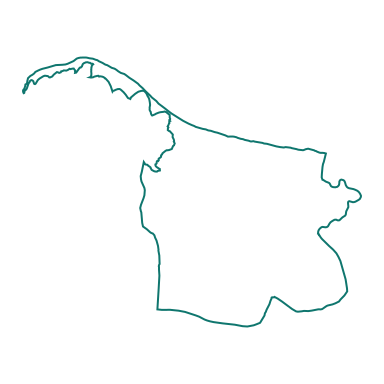 outline of Yaring, Pattani, Thailand
{"feature_id": "78962969B69014167770577", "entity_name": "Yaring", "entity_type": "district", "adm_level": 2, "iso_a3": "THA", "parent_name": "Thailand", "parent_adm1": "Pattani", "projection": "orthographic", "projection_center": [101.357, 6.855], "detail": "fine", "context": "isolated", "style": "outline", "palette": "teal", "viewbox_px": 384, "rotation_deg": 0, "n_neighbors": 0, "source": "geoboundaries", "source_scale": "gbopen_adm2", "svg_char_len": 5790}
<svg xmlns="http://www.w3.org/2000/svg" viewBox="0 0 384 384"><path d="M332.5,304.4L335.4,303.3L339.0,301.5L340.5,299.5L344.4,295.5L347.2,291.4L347.0,288.3L345.6,279.3L340.4,261.0L338.4,256.8L336.4,253.3L333.1,249.6L329.1,246.0L322.0,239.0L320.7,237.4L319.1,234.8L318.9,234.9L318.5,233.7L318.0,233.6L318.2,231.6L318.6,230.3L319.7,228.7L321.5,227.2L322.6,226.9L325.4,227.3L326.8,227.1L328.0,226.3L329.5,223.6L330.6,222.2L332.5,220.9L334.4,219.8L335.3,219.7L336.2,219.7L337.5,220.3L338.8,220.4L339.5,220.2L342.4,217.4L345.2,215.6L345.8,214.5L346.1,212.1L346.3,211.2L348.3,207.2L348.3,206.0L348.0,202.9L348.3,201.7L348.7,201.4L349.3,201.2L352.9,202.2L354.0,202.1L355.4,201.7L358.6,199.9L359.8,199.0L360.8,197.1L361.0,195.9L360.3,194.2L359.3,192.6L358.7,191.9L357.4,190.8L355.3,189.8L353.5,189.1L349.0,188.2L347.7,187.6L346.8,186.8L345.8,185.1L345.0,182.3L344.5,181.2L344.1,180.7L343.5,180.2L341.5,179.6L340.7,179.8L340.2,180.1L339.4,181.4L339.2,184.1L338.8,185.3L338.0,186.2L337.3,186.8L335.3,187.3L333.0,187.1L331.9,186.7L331.1,186.2L330.7,185.6L329.8,183.7L329.4,183.2L328.6,182.7L325.8,181.6L323.2,179.9L322.5,179.8L321.7,177.4L321.9,173.7L322.5,167.0L323.0,164.1L323.8,161.9L325.9,153.5L324.2,153.0L322.0,152.8L321.0,152.9L319.4,152.6L316.7,151.5L316.1,151.1L314.9,150.8L314.1,150.3L308.1,148.7L305.8,149.2L303.6,150.1L302.9,150.2L298.3,149.7L296.4,149.1L291.6,148.1L290.7,147.7L285.6,147.1L283.8,147.5L280.2,147.1L276.4,146.4L266.9,143.8L264.0,143.5L262.5,142.9L258.2,142.2L254.7,141.6L253.5,141.2L251.0,141.5L250.2,141.3L248.6,140.7L244.8,139.9L243.1,139.2L240.7,138.8L237.5,137.8L236.6,137.3L234.2,136.7L232.6,136.5L227.9,136.6L225.4,135.4L217.4,132.7L214.7,132.1L210.8,130.8L208.2,130.4L205.8,129.4L202.8,128.9L195.8,126.9L194.0,125.9L192.1,125.2L188.7,123.7L183.1,120.8L171.5,113.5L167.9,110.8L164.9,108.4L158.5,103.6L156.3,101.0L151.9,97.5L150.2,95.6L145.4,91.1L142.7,88.2L139.6,85.5L138.0,83.7L133.6,80.5L129.4,77.8L125.9,75.1L124.3,74.0L120.8,72.9L118.1,71.2L116.5,69.9L114.6,68.7L111.7,67.8L107.3,65.2L105.3,64.6L102.5,62.9L98.8,61.2L97.4,60.2L95.5,59.7L92.9,58.7L89.7,58.3L86.7,57.6L84.9,57.5L80.5,57.6L78.4,58.0L76.7,58.6L73.5,61.1L67.6,63.8L65.3,64.5L61.9,64.8L55.8,65.1L47.7,67.5L42.5,68.8L40.2,69.6L38.2,70.5L35.4,71.9L34.1,73.5L32.4,74.8L30.4,75.9L28.0,78.2L27.3,81.2L27.2,82.4L26.7,83.8L25.4,84.5L25.2,86.2L24.3,88.8L23.4,89.7L23.0,90.9L23.2,92.1L23.7,93.2L24.0,93.1L24.3,92.8L24.5,91.0L26.3,89.4L27.0,88.0L28.2,84.4L28.6,83.3L29.6,82.1L29.8,81.2L31.2,80.1L31.6,80.1L32.5,80.5L33.3,81.2L34.0,83.5L34.4,84.0L35.0,84.1L35.7,83.6L37.8,80.1L39.5,78.6L43.4,76.2L44.9,75.7L47.8,76.1L48.6,76.7L49.3,77.4L50.1,77.4L52.2,76.5L53.8,74.6L56.9,72.1L57.9,72.3L58.4,72.6L59.2,72.9L60.8,72.3L61.0,71.9L61.2,71.3L62.5,71.1L63.8,70.4L66.3,70.6L67.8,70.0L69.6,68.8L70.4,69.1L73.2,68.5L73.8,68.6L73.9,68.9L75.2,70.5L75.0,71.9L75.3,72.5L75.2,72.8L76.2,72.6L79.4,68.1L80.1,67.5L80.8,67.5L81.6,66.6L81.9,66.5L82.7,64.3L83.1,63.8L84.2,63.0L84.9,62.8L85.6,62.4L87.3,62.2L88.1,62.4L89.2,62.8L90.0,62.8L91.1,63.7L92.3,63.7L92.9,63.9L93.2,64.3L92.6,64.7L92.1,65.5L91.7,66.1L91.6,67.1L91.4,67.4L91.3,69.4L91.2,69.5L91.3,70.6L91.2,71.5L91.4,73.5L91.3,75.5L90.5,77.0L89.8,77.3L90.5,77.4L91.0,77.6L92.1,77.3L92.8,77.4L94.4,76.6L97.3,75.9L98.4,75.8L99.1,76.6L100.0,76.3L100.8,76.4L101.3,76.5L101.5,76.5L101.8,76.5L103.5,77.1L104.1,77.5L104.9,78.3L105.1,78.2L106.2,79.2L108.6,81.9L110.7,86.1L112.5,91.6L112.9,91.0L113.2,90.8L114.5,90.5L115.2,90.0L117.7,89.1L119.4,89.0L120.4,89.4L121.5,90.3L123.0,91.7L123.4,92.0L125.7,94.7L127.8,97.8L128.3,98.2L129.7,98.6L130.3,99.0L130.6,98.5L130.9,97.5L135.2,93.8L137.9,92.0L138.7,91.6L141.7,90.8L143.4,90.8L144.1,91.0L145.5,92.3L146.5,93.6L147.8,96.5L148.5,97.4L149.3,99.5L149.8,102.2L150.1,104.9L149.6,107.7L149.7,108.4L149.6,109.5L149.8,110.5L150.8,112.1L150.8,112.8L151.2,114.2L151.9,115.4L152.3,115.5L153.5,115.0L155.3,114.2L156.0,113.7L158.8,112.6L160.4,112.2L163.7,111.8L164.4,111.5L166.2,112.1L169.7,115.0L169.7,117.6L170.2,118.9L170.0,119.6L169.3,120.1L169.7,120.7L169.6,121.1L169.8,121.2L169.3,121.5L169.2,121.8L169.4,123.1L169.0,123.4L168.6,124.7L167.6,126.5L168.4,127.4L167.9,128.5L167.8,130.1L169.2,131.1L169.8,131.2L172.8,134.5L172.6,137.1L173.7,139.3L174.0,140.3L174.1,141.7L173.9,141.8L174.7,143.4L174.0,145.3L173.0,146.1L171.8,149.0L168.9,150.1L168.3,150.1L167.6,150.3L166.8,150.2L165.6,150.8L162.5,153.3L162.1,154.4L161.9,154.4L161.2,155.2L161.0,155.8L161.1,156.3L160.8,157.2L158.9,158.5L158.6,158.9L158.8,160.1L158.2,161.0L157.9,160.8L157.5,160.8L157.0,161.2L156.7,161.9L156.6,163.4L156.0,164.1L155.4,164.4L155.4,165.1L155.7,166.0L156.6,167.0L159.3,168.8L159.8,169.0L159.9,170.5L157.8,170.9L157.2,171.5L156.8,171.6L155.1,171.5L154.1,171.2L151.7,169.9L150.6,168.0L150.6,167.5L149.6,166.6L148.4,165.9L147.4,164.8L146.0,164.6L144.6,164.1L144.7,163.4L143.8,162.0L141.8,171.8L140.7,176.1L141.0,179.3L141.5,181.5L144.4,188.0L144.8,190.2L144.4,195.3L143.5,198.3L141.0,204.8L140.2,208.0L140.9,211.3L141.3,212.3L142.2,222.9L143.0,226.5L146.8,229.2L150.1,232.2L151.3,233.0L152.8,233.5L154.4,235.3L155.1,237.6L156.5,240.5L158.0,245.9L158.5,249.7L158.4,250.6L159.3,255.5L159.6,264.0L159.0,265.1L158.8,266.4L159.0,266.8L159.0,269.6L159.4,275.6L158.7,288.1L157.4,309.4L162.1,309.9L170.0,309.8L178.7,310.7L182.3,311.4L185.0,311.9L195.7,315.4L199.2,316.7L204.5,319.5L207.1,320.5L209.9,321.3L213.6,322.1L222.9,323.4L234.8,324.7L242.7,326.2L247.4,326.5L253.7,325.3L256.4,324.3L259.9,322.9L260.2,322.6L264.5,315.5L264.9,313.3L265.8,311.9L266.6,309.7L269.4,304.3L270.5,300.8L271.5,298.6L271.6,297.6L272.1,297.3L274.1,297.3L274.5,296.9L277.7,298.6L282.1,301.6L291.9,308.9L296.1,311.4L297.9,311.7L301.8,311.3L304.0,310.9L308.3,311.1L311.8,310.6L318.4,309.3L320.6,309.4L322.1,309.1L326.6,306.0L327.8,305.5L332.5,304.4Z" fill="none" stroke="#0f766e" stroke-width="2"/></svg>